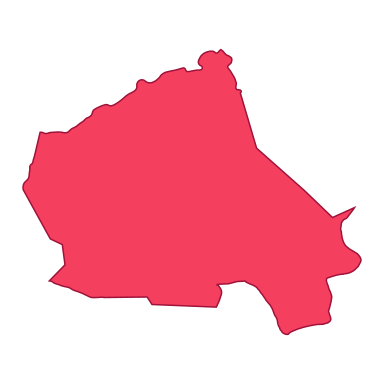 the district of Camasca, Intibucá, Honduras
{"feature_id": "27666195B75939641956291", "entity_name": "Camasca", "entity_type": "district", "adm_level": 2, "iso_a3": "HND", "parent_name": "Honduras", "parent_adm1": "Intibucá", "projection": "orthographic", "projection_center": [-88.382, 14.0], "detail": "fine", "context": "isolated", "style": "filled", "palette": "rose", "viewbox_px": 384, "rotation_deg": 0, "n_neighbors": 0, "source": "geoboundaries", "source_scale": "gbopen_adm2", "svg_char_len": 5831}
<svg xmlns="http://www.w3.org/2000/svg" viewBox="0 0 384 384"><path d="M40.1,132.3L34.5,156.0L33.2,160.3L32.9,162.1L32.1,163.7L30.6,164.8L29.8,166.5L29.8,169.3L29.7,170.9L29.3,172.9L29.2,174.9L28.9,176.8L28.5,178.2L27.9,179.2L24.7,182.4L24.3,182.9L23.6,184.2L23.3,185.4L23.0,187.4L23.1,188.5L23.2,189.7L50.3,238.9L62.3,244.6L65.0,264.8L49.3,280.9L50.7,281.1L51.3,281.3L51.9,281.5L52.7,282.0L54.0,283.0L54.5,283.3L56.6,284.0L59.0,284.7L61.0,285.6L64.7,286.6L67.7,287.2L68.8,287.5L69.9,288.0L72.2,289.5L73.6,290.2L74.8,290.6L78.6,291.9L82.2,293.3L89.7,296.9L90.9,297.3L91.7,297.5L93.3,297.6L97.1,297.5L98.8,297.4L101.3,297.2L102.4,297.2L104.0,297.5L146.9,297.0L147.2,297.1L152.0,304.5L216.3,307.1L217.7,304.2L219.4,300.3L221.3,294.5L221.5,293.4L221.6,292.5L221.6,291.8L221.4,290.8L221.0,289.6L220.7,288.9L218.4,285.5L218.2,285.3L217.9,285.2L217.6,285.1L217.3,285.2L217.1,285.1L217.0,284.8L217.1,284.6L217.4,284.4L219.4,284.2L228.2,283.8L228.8,283.7L236.1,281.8L236.9,281.6L239.0,281.4L245.2,281.1L245.4,281.2L245.5,281.3L245.8,281.8L246.3,282.2L248.7,283.4L253.0,285.2L254.1,285.8L255.6,286.6L256.2,287.1L256.9,287.7L257.2,288.0L257.6,288.6L257.8,289.0L258.6,289.7L259.1,290.2L259.6,291.0L260.6,292.5L261.2,293.3L262.5,294.8L263.7,296.7L265.0,298.4L265.9,300.1L268.9,303.7L270.0,304.9L270.9,306.3L271.7,307.7L272.2,308.7L272.7,309.8L273.4,311.7L274.2,314.0L274.6,314.9L275.1,315.8L275.8,316.8L276.2,317.5L276.9,319.0L277.2,319.9L277.5,321.7L277.7,322.9L278.2,325.0L278.5,325.6L278.8,326.4L279.1,326.9L279.5,327.4L279.6,327.6L279.7,327.9L279.8,328.5L279.9,329.0L281.0,330.5L282.1,332.1L282.4,332.5L282.9,332.9L284.0,333.6L285.0,334.0L285.4,334.2L286.7,334.4L287.4,334.4L288.2,334.3L289.1,333.3L289.8,332.7L290.3,332.3L291.0,331.9L298.0,328.9L300.0,328.4L302.6,327.5L305.4,326.8L308.3,326.1L311.2,325.5L313.3,325.1L315.4,324.8L317.5,324.4L322.8,324.3L327.9,322.8L328.6,322.3L329.6,321.6L330.2,320.8L330.6,320.2L330.8,319.5L330.8,318.7L330.7,318.0L328.7,311.9L328.6,311.6L328.6,311.2L328.8,310.1L329.4,308.5L329.8,306.7L331.1,301.4L331.4,299.4L331.6,298.1L331.7,297.3L331.7,296.4L331.5,295.4L331.1,294.1L330.4,292.0L329.1,289.3L328.8,288.3L328.1,285.8L326.9,282.8L326.7,281.9L326.3,280.3L326.3,280.1L326.5,279.8L326.5,279.3L326.6,278.9L326.8,278.5L327.1,278.3L327.3,278.1L327.7,277.9L331.3,276.7L335.2,275.5L336.7,275.1L339.8,274.5L341.1,274.3L343.1,274.2L344.8,273.7L346.4,273.6L347.7,273.3L349.5,272.8L351.3,272.0L352.8,271.2L354.5,270.0L355.1,269.5L356.8,267.7L358.0,266.7L358.3,266.3L359.0,264.9L360.5,262.1L360.8,261.2L361.0,260.5L360.9,259.7L360.8,258.8L360.4,257.8L359.9,256.9L359.3,256.0L358.5,255.0L357.4,253.8L356.0,252.9L349.8,249.2L349.3,248.8L347.5,247.4L346.1,246.2L345.2,245.2L344.6,244.2L343.9,243.0L343.3,241.5L342.8,240.3L342.5,239.1L342.2,237.9L341.8,235.8L341.5,233.9L341.4,231.9L341.0,230.8L340.7,229.6L340.7,229.0L340.7,228.3L341.1,225.6L341.4,223.4L341.6,222.7L342.2,221.6L343.0,220.5L343.5,219.9L343.9,219.6L344.4,219.2L345.3,218.9L345.7,218.7L346.5,218.2L347.2,217.5L349.6,214.3L353.0,209.9L354.0,208.4L354.5,207.6L332.5,217.5L303.8,190.0L256.6,148.2L240.3,92.9L240.7,92.6L241.1,92.1L241.2,91.5L241.2,91.0L241.0,90.7L240.8,90.5L240.3,90.1L239.5,89.9L238.4,89.7L237.3,89.7L236.9,89.6L236.6,89.4L236.3,89.0L236.1,88.5L235.9,88.0L235.8,87.0L235.8,86.6L236.1,85.6L236.2,85.0L236.3,84.0L236.3,83.2L235.9,81.7L234.7,78.3L234.1,77.2L231.1,72.1L230.2,70.7L228.5,68.5L227.9,67.6L227.7,67.1L227.7,66.7L227.7,66.2L227.9,66.0L229.2,64.7L230.5,63.6L230.9,63.2L231.2,62.7L231.5,61.7L231.8,60.3L231.8,59.3L231.8,58.9L231.7,58.6L231.4,58.0L231.1,57.6L230.6,57.2L230.0,56.7L228.9,56.0L227.2,55.3L226.5,54.9L225.9,54.5L224.7,53.3L223.4,51.7L222.9,51.1L222.0,50.4L220.8,49.6L219.6,50.6L218.0,52.4L217.4,52.8L216.9,53.0L216.3,53.1L215.7,52.9L215.3,52.7L214.8,52.2L214.4,51.9L213.7,51.5L213.1,51.3L212.5,51.2L211.9,51.2L210.1,51.2L209.1,51.4L207.8,51.7L206.5,52.1L205.3,52.6L204.4,53.1L203.5,53.7L202.6,54.3L201.9,55.0L200.8,56.2L200.2,57.2L199.7,58.1L199.2,59.1L198.7,60.2L198.5,61.0L198.3,61.7L198.4,62.4L198.5,63.1L198.7,63.7L199.1,64.4L199.5,64.8L200.0,65.3L200.5,65.6L201.3,65.9L201.6,66.1L202.0,66.6L202.2,67.1L202.3,67.8L202.3,68.3L202.2,68.6L201.8,69.2L201.4,69.5L201.1,69.7L200.6,69.8L199.6,70.0L197.0,70.1L195.6,70.3L193.2,70.7L189.9,71.4L188.5,71.6L187.7,71.6L187.3,71.5L186.9,71.4L186.5,71.2L186.2,70.9L185.7,70.2L185.4,69.3L185.3,69.0L185.0,68.7L184.7,68.4L184.3,68.1L183.8,68.0L183.4,67.9L183.0,68.0L181.8,68.3L179.1,69.1L177.7,69.5L175.4,70.1L170.4,71.1L166.6,72.0L165.5,72.3L164.6,72.7L163.3,73.4L162.5,74.0L161.7,74.6L160.6,75.7L159.6,77.2L158.8,78.1L157.9,78.9L156.8,79.9L155.6,80.8L154.3,81.5L152.9,82.2L151.9,82.6L150.9,82.8L149.9,82.8L148.8,82.8L147.9,82.5L146.9,82.2L146.1,81.8L145.5,81.3L144.6,80.6L144.1,80.3L143.4,80.0L142.8,79.9L141.9,79.8L141.2,79.8L140.4,80.0L139.6,80.4L138.9,80.8L138.2,81.5L137.7,82.1L137.3,82.9L137.0,83.7L136.8,84.5L136.8,85.3L136.9,86.9L136.8,87.6L136.6,88.2L136.3,88.9L135.9,89.6L135.4,90.2L134.8,90.7L133.6,91.5L132.4,92.2L129.1,93.9L127.8,94.7L126.6,95.5L124.6,97.2L121.7,99.7L119.1,101.7L116.3,103.6L115.0,104.3L113.9,104.9L112.7,105.4L111.8,105.7L111.3,105.8L110.6,105.8L110.0,105.8L109.3,105.6L107.9,104.9L107.2,104.7L106.3,104.6L105.2,104.7L102.6,105.5L100.1,106.5L97.1,107.9L94.6,109.3L94.0,109.7L93.7,110.1L93.0,110.9L92.6,111.8L92.2,113.4L91.8,114.4L91.2,115.4L90.4,116.2L89.6,116.7L88.9,117.2L87.9,117.6L86.9,118.0L86.1,118.5L85.2,119.3L83.8,120.7L83.3,121.2L80.3,123.2L79.2,124.0L77.3,125.6L76.0,126.6L75.1,127.1L72.4,128.4L71.4,129.0L70.2,130.0L68.5,131.7L68.1,132.0L67.6,132.3L66.4,132.6L65.8,132.8L65.0,132.8L64.0,132.7L61.4,132.2L59.7,132.1L57.7,132.0L54.5,132.2L51.8,132.4L50.2,132.5L49.3,132.7L48.1,133.1L47.1,133.4L46.5,133.5L45.9,133.5L45.1,133.4L44.4,133.3L42.9,132.6L42.1,132.4L41.1,132.2L40.1,132.3Z" fill="#f43f5e" stroke="#9f1239" stroke-width="1.5"/></svg>